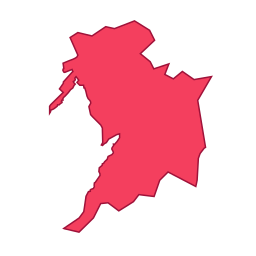 Zangiata, Tashkent, Uzbekistan (Robinson projection), rotated 184°
{"feature_id": "79887680B90536772878840", "entity_name": "Zangiata", "entity_type": "district", "adm_level": 2, "iso_a3": "UZB", "parent_name": "Uzbekistan", "parent_adm1": "Tashkent", "projection": "robinson", "projection_center": [69.123, 41.226], "detail": "fine", "context": "isolated", "style": "filled", "palette": "rose", "viewbox_px": 256, "rotation_deg": 184, "n_neighbors": 0, "source": "geoboundaries", "source_scale": "gbopen_adm2", "svg_char_len": 1927}
<svg xmlns="http://www.w3.org/2000/svg" viewBox="0 0 256 256"><g transform="rotate(184 128 128)"><path d="M174.7,164.9L173.9,164.9L172.6,161.7L171.1,156.9L169.8,154.5L167.9,152.8L167.1,151.4L166.9,150.2L168.1,147.6L168.5,146.6L166.2,138.7L164.0,136.6L155.3,129.0L154.7,128.0L153.6,126.3L152.2,111.7L153.4,109.2L152.2,108.8L150.4,110.8L148.6,111.9L146.5,115.6L138.8,120.6L136.0,121.6L135.7,117.7L138.0,113.7L140.4,110.6L141.4,110.9L141.2,109.4L142.5,107.2L142.7,105.9L141.0,103.1L140.9,102.2L142.2,100.3L145.1,98.7L145.9,98.2L146.6,95.3L149.0,92.7L149.9,91.0L151.1,90.5L151.2,88.9L153.9,86.3L154.0,82.5L152.8,80.5L152.6,78.7L156.9,71.4L157.7,70.9L157.8,68.6L157.5,67.0L158.4,65.2L160.5,64.3L161.4,63.4L161.2,62.2L163.0,61.8L165.1,57.0L166.0,44.8L166.3,41.4L170.5,34.8L185.1,23.3L184.5,23.1L169.6,20.7L156.2,35.9L150.0,50.7L142.7,52.0L131.4,44.7L117.4,54.9L112.5,62.3L97.2,61.5L92.7,78.1L85.0,86.9L56.3,74.4L55.9,77.0L55.4,80.9L55.7,102.6L54.3,107.6L50.6,113.2L49.3,114.1L60.4,160.5L48.3,185.1L65.5,180.9L77.7,188.2L86.2,180.2L95.0,184.0L91.7,194.8L106.4,188.8L110.5,195.7L120.9,203.0L107.6,217.4L113.3,227.0L129.0,235.3L148.4,226.2L157.3,227.5L170.4,217.3L184.7,219.7L192.1,214.2L183.1,197.2L183.9,195.3L185.2,194.2L187.4,192.9L192.1,190.7L197.3,188.1L196.4,184.0L196.2,182.7L196.9,182.2L196.9,180.7L195.7,179.1L194.9,179.1L188.3,182.3L187.9,182.5L186.9,180.4L187.7,179.7L195.7,169.4L195.6,168.1L199.1,162.2L195.1,159.0L206.7,145.9L207.7,144.2L207.2,137.3L206.5,138.6L206.1,140.6L204.4,141.3L203.3,142.0L202.0,143.1L200.8,144.2L200.1,144.9L199.9,146.2L198.5,146.2L197.0,147.7L195.6,148.8L195.6,149.4L196.3,150.0L195.9,151.2L194.8,151.3L195.0,152.9L194.1,154.3L192.9,155.5L190.0,159.1L188.0,162.2L185.9,164.0L184.8,166.7L183.7,168.1L185.4,169.6L185.8,170.6L184.7,171.2L183.9,172.5L184.5,174.0L183.4,175.6L180.5,172.3L182.1,169.9L179.1,167.3L175.3,167.5L174.7,164.9Z" fill="#f43f5e" stroke="#9f1239" stroke-width="1.5"/></g></svg>